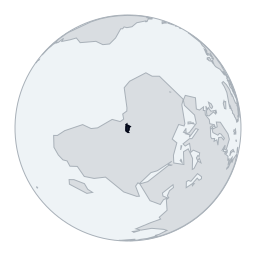 Adamaoua on an orthographic globe, rotated 91°
{"feature_id": "CMR-1482", "entity_name": "Adamaoua", "entity_type": "Province", "adm_level": 1, "iso_a3": "CMR", "parent_name": "Cameroon", "parent_adm1": "", "projection": "orthographic", "projection_center": [13.021, 7.091], "detail": "fine", "context": "on_globe", "style": "filled", "palette": "ink", "viewbox_px": 256, "rotation_deg": 91, "n_neighbors": 0, "source": "natural_earth", "source_scale": "10m", "svg_char_len": 8762}
<svg xmlns="http://www.w3.org/2000/svg" viewBox="0 0 256 256"><g transform="rotate(91 128 128)"><circle cx="128" cy="128" r="113" fill="#eef3f6" stroke="#a8b0b8"/><path d="M88.3,22.6L89.6,22.1L91.8,21.3L93.8,20.7L94.3,20.6L91.1,21.7L90.3,21.9L89.6,22.2L87.8,22.8L89.0,22.4L85.1,24.0L89.7,22.3L87.1,23.5L84.3,24.6L83.7,24.6L78.8,26.7L88.3,22.6ZM66.7,33.5L63.9,35.5L60.9,37.7L57.5,40.4L59.6,39.0L62.9,36.4L65.9,34.8L69.7,32.2L71.4,31.3L75.7,28.9L76.0,29.3L73.9,31.0L70.4,33.2L69.4,34.2L73.6,32.3L67.7,37.0L65.2,41.4L63.6,42.8L59.1,44.7L57.2,43.7L51.3,47.5L56.0,45.2L51.9,49.4L51.7,50.3L52.4,50.3L54.3,48.9L53.1,50.6L48.0,53.0L49.0,51.6L50.7,50.7L49.7,50.4L46.2,52.8L44.4,55.0L41.1,57.2L39.8,58.9L38.3,60.6L40.7,57.5L36.4,63.3L32.2,68.8L31.7,69.6L36.3,62.5L41.5,55.9L47.1,49.6L53.2,43.8L59.7,38.4L66.7,33.5ZM16.8,110.1L16.6,111.2L17.5,107.0L18.5,105.2L17.2,111.6L18.7,106.1L18.6,109.6L21.1,110.8L20.6,112.1L22.6,121.1L26.7,125.8L27.7,130.9L27.0,133.7L28.9,135.1L28.9,137.0L38.2,142.0L44.3,147.9L45.1,154.6L41.9,161.6L43.5,177.3L38.9,181.2L40.8,187.4L42.6,195.7L39.4,194.0L43.5,199.0L44.3,201.2L43.1,200.8L45.6,204.0L44.9,203.6L47.3,206.0L50.2,209.4L54.2,213.0L56.6,215.2L50.6,209.9L45.0,204.1L39.8,198.0L35.0,191.6L33.4,189.1L22.7,167.3L21.0,162.6L19.4,157.8L17.3,148.8L16.0,139.6L15.4,130.4L15.6,121.1L15.6,120.5L16.2,114.4L16.8,110.1ZM24.3,83.9L22.5,89.9L22.1,89.9L22.4,89.0L23.3,86.5L23.7,85.5L24.3,83.9ZM27.3,77.8L27.5,77.2L27.5,77.3L27.3,77.8ZM75.2,28.9L75.4,28.9L74.5,29.3L75.2,28.9ZM76.9,27.9L75.7,28.5L76.3,28.1L77.0,27.8L76.9,27.9ZM78.2,27.4L77.5,27.4L78.6,26.8L82.3,25.2L78.2,27.4ZM90.6,21.8L89.9,22.0L90.1,21.9L90.6,21.8ZM98.1,19.4L98.5,19.3L97.3,19.6L94.6,20.4L98.1,19.4ZM96.8,19.8L98.6,19.3L97.6,19.7L94.8,20.4L96.8,19.8ZM94.7,21.3L94.7,21.0L96.4,20.5L94.7,21.3ZM99.4,19.1L99.8,19.0L100.4,18.8L101.4,18.7L99.4,19.1ZM104.4,18.0L100.6,19.0L100.3,19.4L98.7,19.9L99.6,19.1L104.4,18.0ZM104.0,18.0L103.9,18.0L102.1,18.5L101.0,18.7L104.0,18.0ZM104.7,18.0L105.6,17.8L104.9,18.0L104.7,18.0ZM108.6,17.0L108.3,17.1L108.0,17.1L108.6,17.0ZM107.8,17.3L106.6,17.6L105.8,17.7L107.8,17.3ZM108.3,17.1L109.6,16.9L106.2,17.6L108.0,17.2L108.3,17.1ZM109.2,16.9L109.6,16.9L109.3,16.9L109.2,16.9ZM111.5,17.0L107.4,17.8L105.7,17.9L109.9,17.1L111.5,17.0ZM61.8,219.2L64.3,220.9L64.7,221.2L61.8,219.2ZM61.0,218.2L60.9,217.8L61.9,218.4L62.2,218.9L61.0,218.2ZM238.7,107.4L237.4,102.8L238.9,111.0L240.1,117.3L240.4,120.5L240.6,124.4L240.5,123.0L239.8,116.1L239.2,114.0L238.1,106.8L235.2,96.8L235.0,99.2L233.8,95.1L229.7,87.3L228.7,90.6L227.9,102.5L229.9,113.3L228.7,118.4L222.3,103.8L218.5,93.8L216.7,95.2L209.6,87.5L199.0,88.4L197.0,86.0L195.1,87.5L190.0,85.4L186.7,81.5L183.9,82.0L192.4,92.4L195.4,91.9L197.2,87.4L199.1,91.3L203.9,94.4L200.3,104.7L183.7,115.2L181.3,107.3L164.6,86.8L164.7,84.4L164.6,84.2L164.3,83.7L163.6,87.6L160.5,83.7L170.2,97.9L172.2,104.3L183.5,115.7L182.6,117.1L186.0,119.4L196.0,115.4L196.2,118.1L192.0,131.2L177.5,149.6L179.0,161.0L177.2,170.9L167.3,178.0L167.2,185.4L162.0,188.3L161.0,192.5L156.2,197.2L148.6,201.7L136.7,202.2L136.7,198.5L131.8,191.3L125.4,173.4L129.2,164.9L128.4,158.4L119.7,144.0L121.7,135.9L119.2,132.5L114.1,133.5L111.1,129.5L107.9,129.4L87.8,132.5L81.2,127.2L72.5,111.1L75.8,104.8L75.7,97.5L98.3,73.3L103.9,74.6L122.5,71.2L125.0,72.0L123.6,77.4L138.3,83.6L142.0,78.9L154.5,82.1L162.2,81.6L163.5,71.5L150.8,72.1L147.8,67.4L157.3,62.9L168.3,63.0L167.4,61.3L159.8,57.6L161.6,54.4L157.1,56.1L159.5,57.8L156.7,59.1L154.3,57.7L155.1,56.5L151.6,55.9L149.0,62.3L151.1,64.7L142.3,66.2L145.0,70.5L142.9,72.7L137.6,66.3L137.5,63.9L128.2,57.7L127.4,60.2L136.2,66.5L133.8,66.0L132.8,70.1L131.6,66.7L122.2,59.8L113.8,61.7L104.4,72.0L99.2,73.1L94.4,71.3L96.6,61.1L107.8,60.0L108.8,56.9L105.5,52.8L109.2,53.0L109.2,51.3L113.4,50.9L118.2,46.9L122.3,46.3L123.2,41.7L125.4,40.9L124.2,43.8L125.6,45.7L135.6,45.1L137.2,44.1L137.0,41.2L139.8,41.7L138.3,39.0L143.6,37.8L136.0,37.2L135.5,34.4L138.2,32.3L136.6,31.4L132.3,35.0L131.9,36.6L133.6,38.0L131.1,43.0L127.9,43.9L125.3,38.8L120.5,39.8L120.6,35.8L132.2,27.9L137.5,26.5L148.3,29.5L147.6,31.0L143.4,30.6L148.2,33.3L147.4,31.9L149.7,32.4L149.8,30.4L151.5,30.7L148.8,28.3L150.9,28.5L152.5,30.0L154.5,27.5L158.4,27.7L158.1,27.0L156.6,26.3L162.6,27.2L162.1,26.7L159.9,26.2L157.5,25.0L155.5,23.3L157.7,23.7L158.7,24.3L164.1,26.6L166.5,28.6L167.2,28.6L165.7,27.0L159.1,24.2L157.3,23.2L160.5,24.2L159.2,23.7L159.0,23.4L160.8,23.4L157.3,22.2L152.0,18.7L155.0,19.0L158.5,20.0L157.1,19.2L157.5,19.3L165.0,21.6L172.4,24.5L179.5,27.8L186.4,31.7L193.0,36.0L199.3,40.8L205.3,46.0L210.8,51.6L216.0,57.6L220.7,64.0L224.9,70.6L228.7,77.6L232.0,84.7L234.8,92.1L237.0,99.7L238.7,107.4ZM91.5,85.4L91.1,87.5L91.5,85.4ZM180.7,68.7L186.7,68.8L182.6,62.9L184.6,62.6L182.5,60.8L182.3,62.5L176.9,57.9L179.0,56.1L177.5,53.7L175.4,53.6L172.4,57.7L180.2,64.2L179.4,66.7L180.7,68.7ZM21.3,110.7L21.4,112.2L20.9,112.0L21.3,110.7ZM21.2,92.3L21.1,92.7L20.8,93.8L20.7,94.0L21.2,92.3ZM22.8,94.8L23.1,95.6L22.4,95.8L22.8,94.8ZM22.3,90.8L22.5,94.3L21.1,95.5L21.2,93.4L21.6,93.3L22.3,90.8ZM25.6,81.2L25.4,81.8L24.9,82.9L25.6,81.2ZM27.3,78.0L27.2,78.0L27.7,77.0L27.3,78.0ZM52.3,49.2L52.6,49.1L53.0,49.5L52.1,50.0L52.3,49.2ZM59.4,47.9L57.3,50.6L58.2,48.9L56.4,49.9L56.0,47.9L62.8,43.5L59.8,45.7L59.4,47.9ZM57.3,44.4L56.8,45.9L57.1,44.5L57.3,44.4ZM105.3,43.7L107.1,44.6L105.9,46.4L100.8,48.0L102.4,45.3L105.3,43.7ZM109.8,45.4L108.7,40.4L111.8,39.5L110.2,40.8L112.4,40.7L110.5,42.8L114.6,47.3L113.9,49.3L104.7,50.6L108.1,48.9L106.2,48.1L109.8,45.4ZM100.2,32.1L99.8,30.8L107.2,30.5L106.8,31.8L101.6,33.2L99.1,32.5L100.2,32.1ZM84.8,24.9L84.2,25.0L85.1,24.6L86.3,24.2L84.8,24.9ZM94.6,21.2L88.6,24.4L87.5,24.6L85.3,26.6L81.6,28.0L83.2,26.5L78.7,29.4L78.7,28.6L75.9,30.6L79.9,27.2L79.7,26.9L81.3,26.6L84.6,25.3L86.0,24.6L89.8,22.7L91.0,21.7L94.5,20.6L96.7,20.0L97.0,20.1L94.6,20.7L96.6,20.3L93.4,21.4L94.6,21.2ZM120.1,18.6L117.2,18.6L120.7,19.4L117.5,19.8L118.1,19.9L116.1,20.7L114.7,21.8L113.2,21.9L113.3,22.3L112.0,22.9L111.7,23.6L108.7,24.1L108.1,25.1L107.0,24.8L106.7,26.3L105.6,25.5L103.8,26.4L105.8,26.7L90.7,29.8L85.2,32.3L81.2,34.9L79.9,33.6L82.8,30.5L87.8,27.1L93.3,25.1L91.7,25.1L93.8,24.2L94.2,24.6L94.9,23.5L96.8,22.9L101.3,20.9L101.2,20.0L102.8,19.4L103.8,19.5L104.7,18.8L107.7,18.6L108.9,18.3L113.0,17.9L114.2,18.5L115.5,18.0L118.7,17.9L120.1,18.6ZM112.6,16.8L114.8,17.1L114.0,17.6L107.1,18.2L105.6,18.5L101.1,19.3L102.3,18.6L103.4,18.4L104.8,18.1L103.9,18.4L105.7,18.0L107.4,17.8L109.2,17.4L109.4,17.6L112.6,16.8ZM127.3,69.9L129.1,70.1L131.9,69.7L131.3,72.5L127.3,69.9ZM120.8,65.2L122.4,64.8L122.9,68.1L121.0,68.1L120.8,65.2ZM122.8,61.9L122.4,64.5L121.5,63.1L122.8,61.9ZM125.7,43.4L127.3,43.0L127.6,43.6L126.9,44.7L125.7,43.4ZM129.8,22.3L128.3,22.0L128.7,21.7L127.1,20.5L129.3,20.3L131.2,20.9L129.8,22.3ZM161.6,73.3L159.7,75.3L158.4,74.5L159.3,73.9L161.6,73.3ZM144.9,73.9L149.0,75.0L144.7,74.6L144.9,73.9ZM132.0,21.9L131.1,21.4L132.8,21.6L132.0,21.9ZM130.9,20.1L132.8,20.2L129.4,20.1L130.9,20.1ZM189.7,217.0L189.3,218.1L188.1,218.4L189.7,217.0ZM194.1,168.0L185.2,185.6L180.6,186.0L180.6,181.1L184.4,170.6L190.0,167.2L193.0,162.3L194.1,168.0ZM240.4,135.2L240.5,133.9L239.1,119.2L239.6,119.1L240.6,126.6L240.4,135.2ZM230.3,114.3L232.2,120.4L231.4,121.7L230.3,114.3ZM150.0,21.3L149.7,23.0L151.0,24.6L154.1,25.8L149.6,25.0L147.6,22.6L150.0,21.3ZM151.5,18.9L148.8,18.2L150.0,18.3L150.8,18.4L151.5,18.9ZM149.9,18.6L146.5,18.3L145.0,17.8L148.0,18.1L149.9,18.6ZM139.3,19.4L139.1,19.9L137.7,19.7L139.3,19.4Z" fill="#d9dde1" stroke="#a8b0b8" stroke-width="1"/><path d="M125.8,127.3L125.9,127.2L126.0,127.1L126.0,126.9L126.1,126.6L126.3,126.4L126.4,126.2L126.5,125.9L126.6,126.0L126.9,126.3L127.0,126.3L127.3,126.5L127.2,126.5L127.3,126.7L127.4,126.8L127.5,126.8L128.0,126.9L128.1,127.0L128.3,127.0L128.5,127.0L128.5,126.9L128.8,126.9L129.0,127.0L129.1,126.9L129.3,126.9L129.6,126.9L129.7,127.0L129.8,127.0L130.1,127.0L130.3,127.3L130.4,127.5L130.5,127.5L130.6,127.8L130.8,127.8L131.0,128.0L131.3,128.1L131.5,128.0L131.9,127.8L132.0,127.8L132.2,127.7L132.3,127.6L132.3,127.8L132.2,127.8L132.2,128.0L132.0,128.4L132.0,128.5L131.9,128.6L131.7,128.7L131.7,128.8L131.5,129.3L131.4,129.4L131.4,129.5L131.0,129.8L130.9,129.8L130.8,130.0L130.7,130.0L130.7,129.9L130.6,130.0L130.3,130.0L130.2,130.1L129.9,130.0L129.6,130.1L129.4,130.1L128.7,130.1L127.7,130.1L127.2,130.1L126.9,130.1L126.9,129.9L126.6,129.8L126.6,129.7L126.4,129.7L126.4,129.8L126.2,129.8L126.0,129.7L125.9,129.6L125.7,129.7L125.7,129.8L125.4,129.9L125.3,130.0L124.8,130.1L124.7,130.1L124.6,129.9L124.6,129.7L124.4,129.6L124.5,129.4L124.4,129.3L124.5,129.3L124.8,129.2L125.0,129.0L125.0,128.9L125.2,128.7L125.2,128.4L125.3,128.3L125.4,128.2L125.5,128.2L125.8,128.0L125.8,127.9L125.7,127.8L125.6,127.7L125.7,127.4L125.8,127.3Z" fill="#0f172a" stroke="#020617" stroke-width="1.5"/></g></svg>